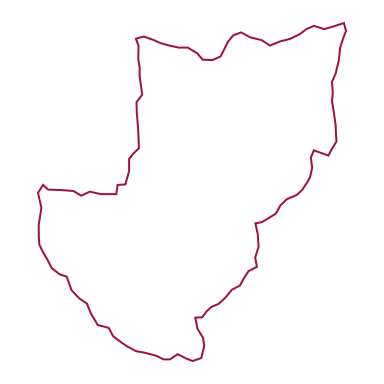 the district of Alfredo Marcondes, São Paulo, Brazil
{"feature_id": "56859067B84367605837614", "entity_name": "Alfredo Marcondes", "entity_type": "district", "adm_level": 2, "iso_a3": "BRA", "parent_name": "Brazil", "parent_adm1": "São Paulo", "projection": "natural_earth1", "projection_center": [-51.395, -21.938], "detail": "fine", "context": "isolated", "style": "outline", "palette": "rose", "viewbox_px": 384, "rotation_deg": 0, "n_neighbors": 0, "source": "geoboundaries", "source_scale": "gbopen_adm2", "svg_char_len": 1543}
<svg xmlns="http://www.w3.org/2000/svg" viewBox="0 0 384 384"><path d="M201.2,358.1L204.3,345.8L203.0,337.7L197.5,328.9L195.3,317.6L202.2,317.3L206.6,311.4L211.4,306.9L218.4,304.0L225.5,297.6L231.9,289.7L239.9,285.6L244.1,277.9L248.5,271.2L256.9,266.8L255.2,257.6L258.6,246.7L257.8,234.3L255.4,223.4L261.9,222.1L275.7,213.8L280.4,205.4L286.6,199.3L296.7,194.9L302.1,190.0L306.4,183.6L310.1,177.2L312.2,167.5L310.8,157.7L313.8,150.3L328.4,155.6L331.8,149.1L336.5,141.4L335.9,133.1L335.7,125.5L333.5,110.1L332.0,101.4L332.8,93.4L332.0,81.7L335.7,73.4L338.8,60.4L340.2,47.6L343.0,38.8L346.0,30.9L343.9,23.0L334.8,26.0L324.3,29.1L313.9,25.9L306.4,29.1L300.0,34.0L290.3,38.8L279.8,41.5L270.0,45.6L261.6,40.1L250.2,37.3L241.1,32.4L233.0,35.5L227.9,42.0L224.2,49.3L220.5,56.5L212.4,60.1L202.6,59.6L197.1,53.2L187.8,47.6L178.7,47.6L169.9,45.7L160.7,43.2L153.8,40.1L143.9,36.5L135.9,38.7L138.5,45.7L138.3,59.3L139.6,67.3L139.6,76.0L140.9,85.3L142.2,94.7L136.5,102.2L136.8,113.1L137.9,125.8L138.5,136.3L138.9,148.3L133.5,153.5L129.1,158.8L129.1,171.1L125.4,184.4L117.6,184.9L116.3,194.1L107.5,194.1L100.4,194.1L89.9,191.6L81.2,195.7L73.5,191.0L60.4,190.0L48.1,189.6L43.1,184.9L38.0,192.9L41.4,207.7L38.7,225.1L38.8,236.3L39.3,244.6L43.2,252.6L47.1,259.0L51.8,268.2L59.6,274.3L66.8,276.7L71.4,290.0L78.9,298.1L86.9,303.6L91.0,313.7L97.8,325.0L108.6,327.8L113.2,336.3L121.7,342.7L128.0,346.9L135.8,351.1L144.6,352.7L156.4,355.8L163.5,359.4L169.9,359.4L177.7,354.2L185.7,358.3L192.5,361.0L201.2,358.1Z" fill="none" stroke="#9f1239" stroke-width="2"/></svg>